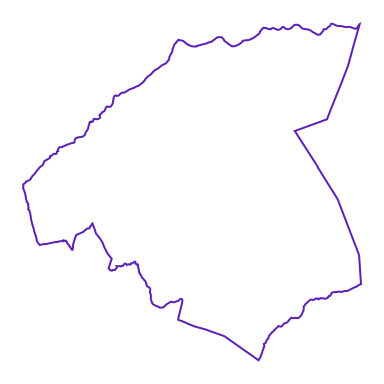 the district of Mudzi, Mashonaland East, Zimbabwe
{"feature_id": "62879985B77595643638308", "entity_name": "Mudzi", "entity_type": "district", "adm_level": 2, "iso_a3": "ZWE", "parent_name": "Zimbabwe", "parent_adm1": "Mashonaland East", "projection": "robinson", "projection_center": [32.554, -17.05], "detail": "fine", "context": "isolated", "style": "outline", "palette": "violet", "viewbox_px": 384, "rotation_deg": 0, "n_neighbors": 0, "source": "geoboundaries", "source_scale": "gbopen_adm2", "svg_char_len": 5799}
<svg xmlns="http://www.w3.org/2000/svg" viewBox="0 0 384 384"><path d="M361.0,284.2L359.1,255.1L337.6,199.1L317.8,167.4L317.6,166.5L294.8,131.0L327.0,119.3L330.9,109.1L341.6,82.5L348.1,65.6L352.4,49.9L352.4,49.6L359.7,24.1L359.2,24.4L358.5,25.4L358.0,26.8L357.2,27.8L356.5,28.5L355.0,28.8L351.2,27.3L348.6,26.9L346.0,27.2L341.4,26.1L338.2,26.0L336.3,25.5L332.4,23.7L331.1,23.8L329.9,26.0L328.6,26.8L325.9,29.3L324.3,29.1L323.8,29.2L323.4,29.7L323.2,30.8L321.3,33.2L320.0,34.5L318.4,34.8L316.2,34.2L314.7,32.9L312.8,32.2L311.6,31.1L309.1,29.7L302.8,28.7L300.7,27.0L300.0,26.1L298.9,25.3L297.0,24.7L295.4,24.8L294.4,25.1L293.7,25.5L292.6,26.8L291.2,28.0L289.9,28.7L288.1,29.2L285.8,28.8L283.2,26.9L282.6,27.0L282.2,27.3L280.7,29.0L279.9,29.4L278.2,29.9L276.1,29.3L273.9,28.2L272.2,28.1L270.8,29.1L270.0,29.3L269.4,29.0L267.3,28.7L266.5,28.2L265.0,27.9L263.5,27.8L262.4,28.7L260.7,30.9L260.0,31.5L259.8,32.9L259.0,33.6L258.7,34.0L253.6,37.9L253.5,38.1L252.5,38.3L249.8,39.7L248.3,40.1L243.7,40.5L242.4,41.3L242.4,41.8L238.7,44.6L238.1,44.6L236.9,45.5L233.1,46.4L232.8,46.2L231.8,46.3L224.4,40.9L223.6,39.3L222.5,38.2L222.1,37.6L221.7,37.4L219.0,37.1L218.4,37.3L217.5,37.3L216.7,37.8L211.2,41.9L208.3,42.5L207.3,43.2L198.7,45.4L197.8,45.8L197.2,45.8L196.3,46.3L196.3,46.5L192.1,46.4L189.2,45.2L188.6,45.2L185.5,42.9L183.2,40.9L178.3,39.9L178.1,40.4L176.9,41.5L176.5,42.2L174.8,44.0L173.9,45.6L173.3,47.4L172.6,48.7L172.6,49.9L172.1,52.0L171.7,52.8L170.8,53.7L170.5,55.0L169.4,56.9L169.2,58.8L168.9,59.7L166.8,62.4L165.6,63.5L162.0,65.2L158.0,68.5L155.7,69.7L153.9,71.0L150.7,74.5L148.2,76.3L145.3,79.1L144.9,80.1L142.9,82.4L138.2,86.0L136.6,86.4L133.6,88.0L129.8,89.3L127.1,90.9L124.6,92.5L122.2,92.7L120.6,93.5L118.9,95.3L118.1,95.8L116.9,95.9L115.7,95.4L115.1,95.5L113.8,97.0L113.7,98.2L113.5,98.5L112.9,102.9L112.0,104.9L110.8,106.5L109.7,107.0L107.4,106.6L106.8,106.6L106.4,107.0L105.6,108.1L105.1,109.9L104.6,110.8L103.6,111.6L102.6,111.9L101.8,113.1L99.4,115.1L99.8,115.8L100.2,117.0L100.2,117.4L99.7,118.1L98.5,118.9L97.3,119.2L96.3,119.2L94.7,118.8L93.6,119.0L93.2,121.0L92.8,121.7L91.6,121.5L91.0,122.2L90.3,121.8L89.7,122.1L89.5,122.7L89.3,124.3L88.5,126.0L88.2,128.3L87.1,130.4L85.8,132.3L85.0,134.7L84.1,135.6L82.8,136.6L78.0,137.4L75.7,138.2L74.8,139.9L74.5,141.1L74.5,142.1L73.8,142.8L71.2,143.2L68.8,144.2L66.6,144.8L65.9,145.3L63.8,146.1L62.9,146.7L61.9,147.1L59.8,147.1L59.0,147.7L58.6,148.2L57.9,150.2L58.2,151.0L57.3,151.3L56.8,151.7L56.8,153.0L56.6,153.4L56.1,153.9L53.7,153.9L53.0,154.3L52.0,155.5L50.4,155.9L50.0,156.2L50.2,157.4L50.0,157.8L48.0,159.1L45.7,160.3L44.1,161.4L43.4,164.0L41.7,165.9L40.7,166.5L39.3,167.7L39.2,168.1L36.8,170.8L34.3,174.2L32.4,176.0L31.8,177.2L31.1,177.9L30.7,178.9L29.8,179.9L29.1,180.4L27.5,180.9L25.9,181.8L24.9,183.3L23.2,184.3L23.4,186.8L23.0,188.1L24.0,190.1L24.8,192.7L25.5,195.3L26.1,199.4L27.0,202.2L27.7,202.8L28.4,204.2L28.0,204.8L28.5,207.0L28.2,209.3L29.2,210.0L30.2,213.5L31.2,219.8L32.2,224.0L33.6,228.5L34.8,233.4L35.9,236.1L37.0,241.2L37.8,242.7L39.7,245.0L42.8,244.3L47.1,243.9L48.5,243.5L55.1,242.1L57.2,242.0L58.8,241.4L60.3,241.4L62.0,240.7L62.5,240.7L63.3,241.2L63.5,240.6L64.1,241.1L64.9,240.6L65.5,240.6L66.0,240.8L66.2,241.3L66.9,241.9L67.1,242.9L67.5,243.6L68.8,244.9L69.5,246.3L70.3,247.0L70.3,247.4L70.7,247.7L70.9,248.5L71.3,248.9L71.7,249.6L72.4,249.8L72.7,249.3L73.1,247.3L73.0,245.7L73.2,243.9L73.7,242.9L73.8,241.8L76.2,235.0L83.3,231.9L85.2,230.0L85.4,230.0L87.1,228.6L88.5,228.5L89.5,228.1L89.8,227.7L90.1,226.6L91.0,225.7L91.8,224.1L92.4,223.5L95.0,230.2L95.9,233.5L99.3,237.5L102.4,242.3L104.3,247.3L107.5,253.4L111.7,258.8L108.6,268.2L109.5,269.6L110.1,269.8L110.6,270.3L111.4,270.7L112.2,270.6L112.6,270.1L114.7,270.0L115.1,269.8L115.3,269.3L115.9,268.8L116.9,267.5L117.1,266.9L116.7,266.2L117.7,266.3L118.3,266.1L119.7,266.1L121.0,266.4L121.5,265.9L123.0,265.7L124.4,263.9L124.9,263.5L125.4,263.6L126.9,265.0L127.5,264.5L128.0,264.3L128.9,264.4L130.1,264.7L130.9,263.3L131.6,263.5L132.6,263.3L134.4,261.6L135.5,262.0L135.4,263.3L135.7,263.8L136.8,264.6L137.2,264.2L137.6,264.2L138.0,264.6L137.9,264.9L137.4,265.2L138.2,266.4L138.2,268.1L139.0,269.8L138.9,271.5L139.7,272.6L139.5,273.5L140.7,274.8L141.9,277.4L142.9,278.3L144.2,280.1L144.9,280.5L145.4,281.1L145.9,282.7L146.4,283.7L146.5,284.7L147.1,286.3L147.4,286.3L149.5,287.8L149.8,288.1L150.2,289.0L150.3,289.8L149.9,292.4L150.7,294.3L150.9,295.5L150.8,298.7L151.6,301.5L152.3,303.4L153.2,304.4L157.0,306.4L157.6,306.5L160.0,307.6L161.4,307.7L162.9,307.6L167.0,304.0L170.8,301.8L171.4,301.7L172.0,302.0L173.9,302.3L178.6,300.6L179.9,299.3L180.8,298.8L181.1,298.8L181.9,299.2L182.3,299.7L182.4,301.7L178.1,319.1L178.7,320.1L181.9,321.0L183.6,321.9L184.8,322.3L190.7,324.9L196.0,326.9L204.4,329.1L224.4,336.2L258.6,360.3L260.8,356.2L261.1,355.0L261.9,353.3L262.5,350.8L263.3,349.5L263.5,347.5L264.3,346.8L264.3,346.0L264.0,344.8L264.0,343.8L264.8,343.5L265.9,342.5L266.6,340.4L267.2,339.4L268.1,338.6L268.6,337.8L268.8,336.2L269.1,335.7L272.3,332.0L273.3,331.4L275.0,329.3L277.9,326.8L278.2,326.2L278.6,326.0L279.9,326.5L281.6,326.5L284.0,323.5L286.1,323.0L286.7,322.6L288.1,321.4L290.0,318.9L291.2,317.8L291.8,317.7L292.4,318.1L296.1,317.9L298.0,318.2L298.9,317.7L299.6,317.0L300.9,315.8L302.0,314.0L302.5,312.5L303.3,311.2L303.8,308.5L303.6,306.6L304.5,305.7L305.6,303.9L306.5,303.3L307.6,302.1L309.7,300.2L310.8,299.6L312.1,299.7L312.9,300.0L313.9,299.8L316.0,298.4L316.9,298.6L317.9,298.4L318.4,299.2L318.8,299.3L319.7,298.7L321.1,298.1L324.6,298.6L325.3,298.8L327.9,297.8L328.1,296.9L328.7,296.1L329.5,296.1L330.3,295.7L331.1,294.2L331.4,293.3L332.4,292.5L334.2,292.1L335.9,292.1L338.9,291.6L342.1,291.9L343.7,291.2L348.0,290.8L351.8,288.7L355.8,286.8L356.6,286.6L358.3,285.3L359.9,284.5L361.0,284.2Z" fill="none" stroke="#5b21b6" stroke-width="2"/></svg>